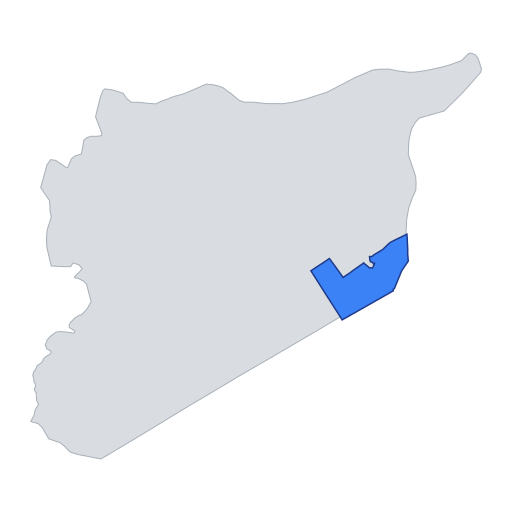 Abu Kamal, Dayr Az Zawr, Syria shown in context
{"feature_id": "27442178B22276011833046", "entity_name": "Abu Kamal", "entity_type": "district", "adm_level": 2, "iso_a3": "SYR", "parent_name": "Syria", "parent_adm1": "Dayr Az Zawr", "projection": "albers", "projection_center": [40.768, 34.588], "detail": "fine", "context": "in_parent", "style": "filled", "palette": "blue", "viewbox_px": 512, "rotation_deg": 0, "n_neighbors": 0, "source": "geoboundaries", "source_scale": "gbopen_adm2", "svg_char_len": 3635}
<svg xmlns="http://www.w3.org/2000/svg" viewBox="0 0 512 512"><path d="M50.7,159.6L55.7,160.4L66.0,167.4L67.8,167.3L71.4,158.9L74.7,156.1L81.4,153.9L83.9,140.1L87.0,137.6L90.8,136.3L96.5,136.3L101.5,135.7L101.9,133.3L95.6,117.0L96.4,113.0L100.4,97.1L102.7,90.9L104.8,88.9L112.6,90.0L123.4,93.3L126.1,98.0L131.3,102.3L139.3,102.3L148.6,103.4L155.8,103.9L161.6,101.2L174.8,96.2L181.3,94.6L187.3,92.4L206.3,84.1L213.9,84.9L219.0,86.2L222.9,87.7L231.6,94.0L238.9,100.2L244.0,102.1L253.2,102.2L266.6,103.6L283.0,103.7L292.6,102.2L304.9,99.3L326.8,92.3L355.5,77.4L372.4,70.1L379.6,69.2L389.0,69.1L398.5,71.0L409.2,72.3L414.1,72.2L425.7,70.6L440.7,67.4L450.1,64.8L461.5,60.6L468.5,53.7L470.7,53.0L473.7,54.2L475.1,54.6L478.1,58.4L481.3,68.4L481.3,69.5L480.7,72.3L473.4,80.6L463.4,91.9L456.3,99.0L444.1,111.0L435.0,113.6L419.5,118.0L415.4,122.2L411.6,128.9L409.3,138.1L408.7,143.8L408.3,154.5L412.0,165.5L415.6,176.2L416.1,183.2L415.8,190.2L412.4,197.6L408.8,207.8L406.7,219.3L405.6,240.8L405.7,259.1L405.4,262.1L398.9,275.1L391.4,290.2L387.8,293.7L371.1,298.2L352.8,309.3L332.3,321.6L313.6,332.7L293.9,344.2L273.4,356.2L258.7,364.7L239.0,376.1L221.0,386.9L202.7,397.8L188.7,406.0L167.4,419.0L154.9,426.6L136.5,437.8L120.2,447.5L100.9,459.0L77.4,454.4L70.0,452.0L64.2,445.9L59.8,442.6L48.8,438.9L42.2,427.6L38.1,423.6L30.7,421.5L34.3,414.6L35.1,410.0L38.5,404.5L36.7,400.7L36.1,392.8L34.8,390.8L34.4,388.7L35.6,386.3L35.3,383.7L34.1,382.5L33.7,378.6L32.8,375.6L33.5,372.1L35.3,369.9L37.2,365.6L39.2,364.3L42.5,361.7L43.4,358.9L46.4,356.2L50.2,354.1L51.2,352.2L50.7,351.1L47.0,348.9L45.2,345.1L47.2,339.9L48.5,338.3L50.9,335.8L56.1,332.1L60.0,331.6L63.4,331.8L69.2,332.4L73.6,333.3L74.8,332.3L74.7,331.0L69.3,327.5L69.1,325.0L70.6,322.3L74.7,318.1L79.5,315.1L81.9,314.6L87.4,308.5L91.1,301.5L86.4,283.8L83.2,280.9L77.9,278.3L74.8,277.8L74.6,276.6L79.0,272.4L82.2,268.7L79.0,264.9L73.1,262.9L70.7,266.6L63.1,266.6L51.2,266.0L46.9,247.4L46.5,239.4L47.1,230.2L51.3,216.9L50.0,210.5L50.0,206.3L49.4,200.5L40.7,187.6L46.9,165.0L50.7,159.6Z" fill="#d9dde1" stroke="#a8b0b8" stroke-width="1"/><path d="M342.1,319.9L392.1,291.5L392.4,291.3L393.1,291.0L393.4,289.3L393.5,289.3L393.5,289.2L394.1,288.7L394.5,288.3L395.5,285.9L395.6,285.7L395.7,285.3L399.7,275.7L400.2,274.3L400.5,273.6L401.7,270.8L403.5,268.1L404.4,266.7L404.5,266.6L408.1,261.4L408.2,261.1L408.3,260.8L408.1,259.1L408.0,257.4L407.9,256.1L407.7,254.6L407.7,251.3L407.7,249.3L407.7,248.2L407.6,247.3L407.6,247.0L407.4,243.0L407.2,238.4L407.1,236.6L407.1,236.4L407.0,235.7L407.0,235.3L406.9,234.1L405.0,235.1L402.5,236.3L401.2,237.0L400.8,237.2L400.0,237.6L398.2,238.4L392.0,241.5L390.1,242.5L389.8,242.8L388.6,243.8L385.2,247.1L382.7,249.5L374.8,254.3L374.0,254.8L373.7,255.0L372.8,255.8L372.2,256.3L371.8,256.4L371.6,256.5L371.3,256.6L370.6,256.6L370.3,256.6L370.1,256.5L369.7,256.4L369.5,256.5L369.8,259.2L369.7,259.3L369.9,260.1L370.2,261.1L370.3,261.3L370.5,261.8L370.9,262.0L371.3,262.0L372.0,262.1L372.3,262.2L372.6,262.5L373.0,263.3L373.4,263.9L374.0,263.9L374.4,263.8L374.5,263.7L374.5,263.8L374.5,264.0L374.3,264.4L374.1,264.6L373.5,265.9L373.0,266.9L372.5,268.0L372.4,268.0L371.9,268.0L371.4,267.9L370.9,267.9L370.2,267.9L369.5,267.8L368.6,267.1L367.0,265.7L366.2,265.0L363.9,263.3L363.7,262.9L363.5,263.1L362.5,263.8L359.8,265.7L353.7,270.0L351.9,271.3L351.6,271.6L348.5,273.8L347.1,274.7L343.9,276.9L343.2,277.5L342.9,277.1L340.2,273.4L339.3,272.0L337.3,269.3L335.6,266.9L333.2,263.7L330.3,259.7L329.6,258.8L329.4,258.5L328.8,258.9L328.7,259.0L322.9,262.9L316.3,267.2L310.9,270.8L326.0,294.6L339.0,314.8L342.1,319.9Z" fill="#3b82f6" stroke="#1e3a8a" stroke-width="1.5"/></svg>